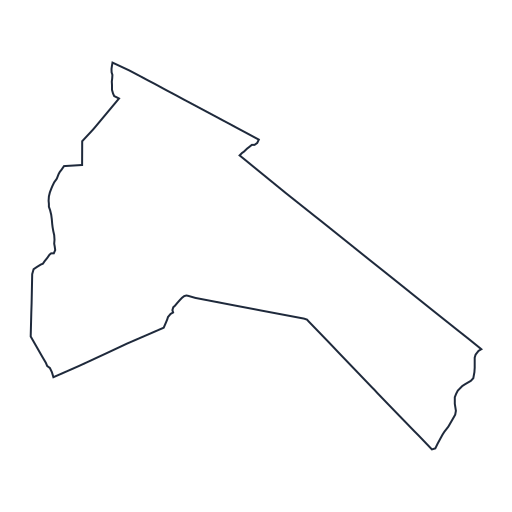 outline of Santa Quitéria do Maranhão, Maranhão, Brazil
{"feature_id": "56859067B9226579866055", "entity_name": "Santa Quitéria do Maranhão", "entity_type": "district", "adm_level": 2, "iso_a3": "BRA", "parent_name": "Brazil", "parent_adm1": "Maranhão", "projection": "equal_earth", "projection_center": [-42.899, -3.344], "detail": "fine", "context": "isolated", "style": "outline", "palette": "slate", "viewbox_px": 512, "rotation_deg": 0, "n_neighbors": 0, "source": "geoboundaries", "source_scale": "gbopen_adm2", "svg_char_len": 1845}
<svg xmlns="http://www.w3.org/2000/svg" viewBox="0 0 512 512"><path d="M163.7,327.7L166.0,322.4L167.2,319.5L168.0,317.0L170.6,313.9L173.1,312.5L172.4,310.1L173.3,307.2L174.9,305.8L177.4,302.8L179.8,300.1L182.0,297.8L184.2,296.1L186.4,295.5L188.4,295.9L195.3,297.9L236.4,305.8L255.4,309.4L261.0,310.5L304.0,318.6L307.0,319.6L308.7,321.5L329.3,342.8L338.5,352.5L371.9,387.3L374.6,390.0L377.3,393.0L388.1,404.2L414.2,431.1L418.5,435.4L431.9,449.4L435.3,448.4L437.7,443.5L442.6,434.5L444.4,431.7L448.3,426.7L452.7,419.1L455.2,414.7L455.9,410.8L454.8,403.8L454.8,397.2L456.2,393.7L457.8,390.6L462.3,386.0L465.1,384.2L470.9,380.8L473.3,378.2L474.4,372.2L474.7,367.7L474.7,357.6L475.6,354.6L478.5,350.9L481.3,349.2L476.3,345.1L469.0,339.2L458.6,331.0L438.0,314.6L434.1,311.5L413.1,294.7L383.0,270.6L368.9,259.4L321.5,221.4L314.5,215.9L285.7,193.0L239.6,155.4L242.0,153.0L244.0,151.6L247.1,148.6L249.2,147.0L251.8,144.9L254.5,144.9L257.2,143.0L258.8,139.6L255.4,137.8L251.5,135.7L223.1,120.5L183.9,99.6L176.2,95.4L166.7,90.4L163.0,88.4L154.6,83.8L148.2,80.5L134.9,73.4L129.2,70.4L112.5,62.6L111.9,66.1L111.5,68.9L111.6,72.3L112.4,74.9L112.2,78.3L111.8,81.6L112.0,85.1L112.0,89.9L113.0,93.4L114.2,96.1L116.3,97.1L119.0,98.5L95.3,126.9L93.0,129.6L82.2,141.2L82.1,165.0L64.0,166.1L61.4,169.9L59.8,171.9L58.6,174.1L56.8,178.7L54.2,182.3L52.4,186.0L51.4,188.4L49.9,192.3L48.9,196.4L48.6,200.8L48.9,203.9L48.9,206.8L50.1,210.2L51.2,214.7L51.8,219.2L52.2,224.0L52.6,227.2L53.3,231.2L54.2,235.2L54.5,239.8L54.2,243.7L54.7,246.4L55.2,250.1L53.8,253.3L51.2,253.3L49.5,254.7L47.2,258.0L44.6,261.2L42.9,263.7L40.9,264.5L37.0,266.9L33.6,269.2L32.2,274.1L31.7,298.8L31.6,303.4L31.3,312.5L30.7,336.5L42.6,357.3L45.8,362.7L47.2,366.0L49.9,368.0L51.9,372.2L53.4,377.2L78.9,366.0L105.7,353.6L127.0,343.6L163.7,327.7Z" fill="none" stroke="#1e293b" stroke-width="2"/></svg>